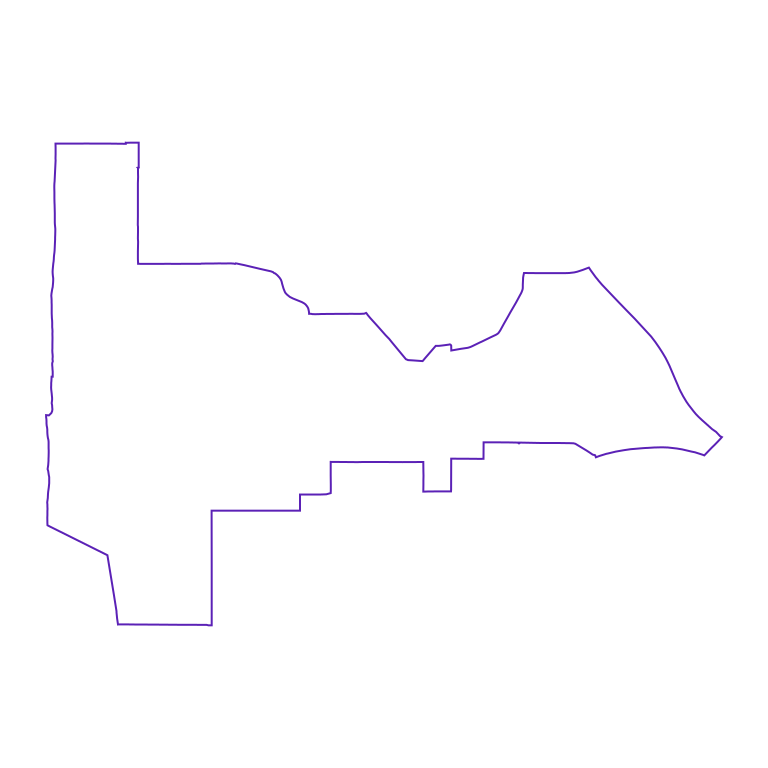 outline of Cambridge, Western Australia, Australia
{"feature_id": "25037944B66566842359979", "entity_name": "Cambridge", "entity_type": "district", "adm_level": 2, "iso_a3": "AUS", "parent_name": "Australia", "parent_adm1": "Western Australia", "projection": "orthographic", "projection_center": [115.789, -31.935], "detail": "fine", "context": "isolated", "style": "outline", "palette": "violet", "viewbox_px": 768, "rotation_deg": 0, "n_neighbors": 0, "source": "geoboundaries", "source_scale": "gbopen_adm2", "svg_char_len": 5937}
<svg xmlns="http://www.w3.org/2000/svg" viewBox="0 0 768 768"><path d="M55.5,143.6L55.6,147.8L55.6,154.3L55.5,158.4L55.6,160.4L55.5,162.5L55.4,164.6L55.3,166.7L55.2,168.8L55.0,173.0L54.9,175.0L54.8,177.1L54.6,181.3L54.4,183.5L54.3,185.8L54.3,187.9L54.4,192.1L54.4,198.4L54.5,202.7L54.6,204.9L54.8,213.3L54.8,215.5L54.8,217.6L54.8,219.8L54.8,222.3L54.9,224.4L55.1,226.5L55.3,228.8L55.3,231.0L55.2,235.2L55.1,237.4L55.1,239.5L54.9,244.0L54.8,246.2L54.6,250.5L54.4,252.7L54.1,254.9L53.9,257.1L53.8,259.3L53.6,261.4L53.3,263.4L53.1,265.4L52.7,269.7L52.6,271.8L52.7,273.9L52.9,276.0L53.2,278.2L53.2,280.4L53.1,282.4L52.9,284.7L52.7,287.0L52.2,289.2L51.5,293.5L51.3,295.7L51.5,298.1L51.6,300.2L51.6,302.6L51.7,304.8L51.7,307.0L51.7,309.1L51.7,311.4L51.7,313.6L51.8,315.7L51.9,318.2L52.1,320.2L52.2,322.6L52.2,324.8L52.2,327.1L52.4,329.3L52.5,331.5L52.4,333.7L52.5,337.9L52.4,344.3L52.4,348.4L52.3,350.4L52.4,352.6L52.6,354.7L52.7,356.8L52.5,359.2L52.8,361.2L52.2,363.2L52.2,365.2L52.4,367.3L52.5,369.4L52.7,371.5L52.7,376.7L51.6,376.7L51.4,380.9L51.2,383.0L51.2,385.2L51.1,387.3L51.2,389.3L51.7,393.6L51.9,395.8L52.1,397.9L52.1,399.9L51.7,403.2L52.1,405.2L52.2,407.2L52.4,409.3L52.1,411.3L51.3,413.1L48.9,415.4L46.1,415.1L46.1,417.1L46.4,419.1L46.5,421.2L46.5,423.5L46.7,425.7L47.1,427.7L47.3,429.7L47.3,431.8L47.4,433.8L47.6,435.9L47.9,437.9L48.4,439.9L48.6,441.9L48.6,446.2L48.6,448.3L48.7,450.5L48.7,452.6L48.6,456.8L48.5,458.9L48.5,460.9L48.2,465.1L47.9,467.1L47.6,469.1L48.2,471.0L48.5,473.1L48.8,475.1L49.2,477.1L49.2,481.2L49.2,483.2L48.8,487.3L48.5,489.5L48.2,491.6L48.0,493.8L47.8,498.0L47.2,502.4L47.4,504.6L47.4,506.6L47.5,508.9L47.4,511.1L47.4,513.3L47.4,515.3L47.3,517.4L47.4,524.0L47.5,525.3L50.4,526.8L107.4,555.2L113.9,594.8L116.5,611.2L116.5,612.3L117.1,618.4L118.0,624.5L118.7,624.4L120.3,624.4L121.6,624.4L126.3,624.4L134.4,624.5L154.7,624.6L181.9,624.8L196.8,624.8L197.6,624.9L198.4,624.9L203.7,624.9L206.7,624.9L208.4,625.3L211.7,625.3L211.7,607.0L211.7,581.8L211.7,575.1L211.7,569.6L211.7,564.5L211.6,510.7L247.4,510.7L300.0,510.7L300.0,497.3L300.0,494.5L318.8,494.5L321.0,494.5L326.3,494.3L330.7,493.1L330.8,490.8L330.8,484.5L330.7,475.7L330.7,473.3L330.7,461.9L343.8,462.0L354.4,462.1L358.5,462.1L362.8,462.0L381.9,462.0L402.6,462.1L423.3,462.0L423.4,471.4L423.5,475.7L423.4,480.5L423.4,485.2L423.3,491.6L424.7,491.6L427.3,491.5L437.1,491.4L444.8,491.4L445.0,491.4L451.0,491.4L451.1,489.8L451.2,462.2L451.2,458.7L454.5,458.7L456.2,458.7L475.8,458.8L479.3,458.9L483.5,458.8L483.6,442.3L487.8,442.3L497.9,442.3L502.1,442.4L507.5,442.4L518.2,442.6L518.3,442.8L518.3,443.0L518.6,443.2L518.7,443.3L518.9,443.4L519.1,443.4L519.3,443.3L519.5,443.2L519.8,442.8L519.8,442.6L520.5,442.6L541.1,443.0L558.2,443.0L565.4,443.1L568.0,443.1L570.7,443.2L573.5,443.3L575.4,443.8L579.2,446.1L586.5,450.5L590.2,452.9L592.3,454.4L593.2,454.8L594.5,455.0L595.2,455.3L595.6,456.6L595.9,457.3L599.3,456.0L606.4,453.8L607.9,453.5L615.8,451.6L623.8,450.2L630.6,449.2L634.3,448.9L642.5,448.2L645.4,448.0L647.8,447.9L654.2,447.5L662.0,447.3L667.9,447.5L676.8,448.5L682.2,449.4L691.6,451.6L695.0,452.3L702.8,454.8L704.3,455.4L711.7,447.7L714.6,444.9L718.1,441.3L720.8,438.4L721.9,437.1L720.1,436.2L716.1,431.9L712.2,429.2L701.9,420.0L698.8,417.1L695.9,414.1L693.5,411.2L688.7,405.0L686.4,401.7L683.1,396.2L681.1,392.4L680.8,391.9L680.6,391.5L679.8,389.8L679.5,389.3L677.7,385.0L675.1,379.0L669.4,365.6L667.5,361.7L665.5,357.8L663.0,353.6L661.7,351.5L659.1,347.5L655.3,342.0L651.2,336.6L634.7,318.7L626.0,309.8L620.7,304.3L619.8,303.4L605.9,288.8L602.0,284.7L598.3,280.4L597.9,279.8L595.7,277.2L590.9,270.6L588.9,267.6L587.0,268.3L582.8,269.9L577.3,271.7L574.3,272.4L569.2,273.0L566.0,273.1L561.4,273.1L557.8,273.1L554.0,273.1L542.5,273.1L534.6,273.1L524.0,273.0L523.5,275.3L523.1,277.7L523.0,280.6L522.8,284.7L522.8,287.2L522.7,288.9L522.5,289.5L522.4,290.0L521.7,291.9L520.9,293.6L520.1,295.0L517.8,299.3L516.0,302.6L513.1,307.6L510.3,312.4L508.2,316.2L504.1,323.4L500.2,330.5L498.9,332.4L498.6,332.8L498.3,333.2L497.4,333.9L496.3,334.6L495.1,335.2L490.0,337.6L489.0,338.1L481.4,341.8L480.0,342.4L472.4,346.1L470.4,347.0L468.2,347.7L467.2,347.9L461.0,348.8L451.3,350.5L451.2,345.6L451.0,345.2L450.4,344.6L449.7,344.4L449.0,344.6L444.6,345.2L442.2,345.5L441.3,345.6L438.6,345.9L435.7,345.9L425.4,357.8L423.3,360.3L422.6,361.1L413.0,360.4L408.0,360.1L407.4,359.8L405.9,359.2L391.9,342.3L389.1,338.8L388.0,337.7L385.5,335.1L378.7,327.4L376.1,324.5L373.1,321.2L370.3,318.1L367.7,315.0L366.6,313.4L366.1,312.9L364.5,313.6L363.7,313.7L359.0,313.9L350.5,313.8L344.8,313.9L339.4,313.9L336.0,313.9L335.3,313.9L334.6,313.9L321.3,314.0L319.2,314.1L315.2,314.2L312.4,314.1L310.9,313.8L309.1,313.8L309.1,313.2L309.0,312.4L308.9,311.4L308.6,310.0L308.2,308.3L307.2,306.5L305.6,304.5L304.2,303.4L301.9,302.1L293.0,298.5L289.8,296.9L287.0,294.6L285.5,293.0L284.9,292.0L283.5,288.5L282.1,283.7L281.7,281.9L281.4,281.0L280.9,279.7L279.5,277.6L277.5,275.4L277.3,275.2L276.7,274.7L275.9,274.0L275.5,273.7L274.9,273.3L274.6,273.2L274.3,273.2L273.5,272.6L273.0,272.1L270.8,271.3L269.4,271.0L259.3,268.7L256.4,268.0L244.2,265.1L240.8,264.4L236.6,263.5L235.6,263.4L235.1,263.9L234.6,263.8L233.7,263.6L233.0,263.5L232.2,263.5L231.0,263.4L229.0,263.4L223.7,263.5L219.5,263.4L214.2,263.5L211.9,263.5L208.4,263.5L206.3,263.5L205.4,263.5L204.3,263.6L202.8,263.6L201.4,263.6L200.6,263.8L199.5,263.8L183.0,263.8L177.0,263.9L167.9,263.8L157.2,263.9L143.7,263.9L143.3,263.9L138.1,263.8L137.9,258.9L137.9,252.5L137.9,251.4L138.1,241.9L138.0,240.2L137.9,238.6L138.0,232.2L138.0,226.8L137.9,225.9L137.8,225.1L137.8,224.3L137.9,216.7L137.9,210.7L137.9,202.4L137.9,198.7L137.9,190.7L137.9,189.8L137.9,188.0L137.9,183.1L138.1,177.0L138.0,172.9L138.0,168.5L137.9,167.8L137.8,167.7L138.8,167.5L138.7,166.5L138.7,142.7L129.7,142.7L126.6,142.8L125.8,142.7L125.8,143.8L108.3,143.6L92.9,143.6L89.8,143.6L88.7,143.5L80.8,143.6L55.5,143.6Z" fill="none" stroke="#5b21b6" stroke-width="2"/></svg>